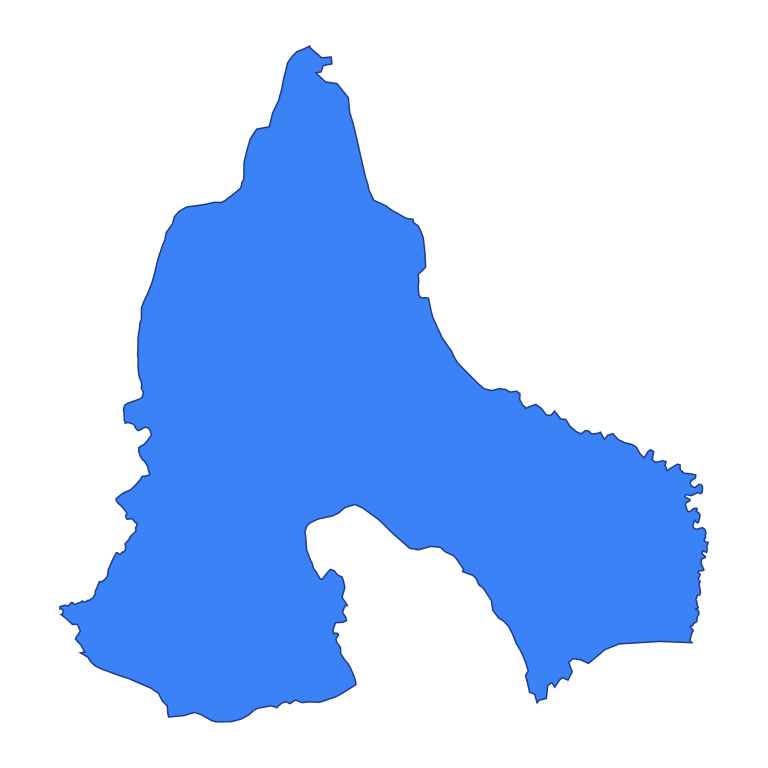 Kankan, Kankan, Guinea (Robinson projection)
{"feature_id": "49546643B29721322070698", "entity_name": "Kankan", "entity_type": "district", "adm_level": 2, "iso_a3": "GIN", "parent_name": "Guinea", "parent_adm1": "Kankan", "projection": "robinson", "projection_center": [-9.056, 10.226], "detail": "fine", "context": "isolated", "style": "filled", "palette": "blue", "viewbox_px": 768, "rotation_deg": 0, "n_neighbors": 0, "source": "geoboundaries", "source_scale": "gbopen_adm2", "svg_char_len": 6073}
<svg xmlns="http://www.w3.org/2000/svg" viewBox="0 0 768 768"><path d="M691.9,642.7L689.9,640.6L691.8,633.0L693.2,631.0L693.0,630.1L690.2,626.9L690.3,626.0L692.3,625.9L693.7,623.5L696.8,621.5L697.1,617.3L698.8,614.2L698.9,612.3L698.1,610.5L695.7,609.4L696.2,608.6L697.8,608.5L698.3,607.6L696.9,604.1L696.9,601.5L695.8,599.7L697.5,595.1L699.8,595.0L700.5,592.5L699.1,584.0L700.1,581.6L698.2,579.2L700.3,574.5L698.1,572.4L698.8,571.1L703.2,570.5L703.9,569.8L701.3,564.0L701.4,559.2L705.3,557.5L705.4,556.5L702.3,554.0L702.0,552.8L702.9,550.9L706.5,552.4L707.1,550.2L706.9,546.6L708.1,542.4L706.2,542.3L704.6,541.0L704.0,540.0L705.6,537.2L705.3,535.7L705.9,533.1L705.3,530.1L703.9,528.5L702.4,527.8L700.5,528.0L697.9,529.1L695.2,529.0L693.2,527.5L693.0,525.8L694.2,521.1L695.0,520.5L696.6,522.4L697.7,522.9L698.5,522.4L699.9,516.4L700.0,514.9L698.7,512.8L696.2,511.4L697.2,509.6L696.8,508.2L693.7,508.5L689.9,511.6L688.6,511.7L687.1,510.3L685.4,504.5L686.3,502.6L689.0,501.4L690.1,500.3L689.8,499.5L685.3,497.2L684.9,496.2L685.9,494.6L691.5,495.6L698.0,492.5L700.3,493.6L701.3,493.4L702.3,492.0L702.5,486.6L701.0,484.6L699.0,484.4L695.0,487.6L693.2,487.1L690.8,485.1L690.2,483.1L690.7,481.6L691.7,480.4L695.4,478.1L695.8,474.9L689.4,473.7L684.3,473.3L680.1,469.6L680.1,464.9L677.3,464.2L667.0,470.6L665.1,465.1L666.0,461.6L663.2,460.8L655.7,462.4L652.2,459.9L653.7,451.6L650.3,449.7L648.0,451.6L644.1,457.9L640.2,454.0L636.2,447.0L632.0,444.5L624.7,442.7L618.2,439.5L612.8,433.7L607.8,435.2L604.4,439.4L600.4,432.2L598.1,433.3L591.8,434.0L588.4,430.8L585.2,430.6L581.3,433.8L576.2,431.6L569.7,425.9L565.7,419.4L560.7,419.0L554.6,411.1L551.0,415.3L546.4,415.1L541.2,408.3L535.7,404.4L525.3,408.4L525.1,406.9L522.8,405.4L519.7,399.5L520.0,393.8L516.7,391.2L510.0,392.1L505.4,389.4L499.2,388.7L491.6,390.6L484.1,388.7L478.1,383.6L458.0,363.4L454.7,358.0L451.5,351.3L442.2,337.9L432.8,317.5L430.9,310.0L428.5,298.2L425.5,297.7L423.1,298.0L420.1,297.2L419.9,296.4L418.8,295.3L418.8,292.8L418.3,290.6L418.5,289.3L418.2,287.5L418.7,280.4L418.3,276.2L417.9,274.6L423.0,270.0L425.6,267.0L425.0,253.4L423.3,238.2L421.0,231.7L418.4,226.1L413.5,222.6L413.0,219.4L406.2,218.3L392.2,210.5L385.5,205.6L373.8,200.3L368.9,190.1L367.9,184.7L365.5,177.4L355.3,132.5L352.7,121.9L349.7,112.6L348.3,97.7L337.0,83.6L325.5,81.9L315.7,72.9L321.2,71.8L323.2,65.6L331.9,63.9L331.1,57.0L321.8,57.9L310.1,47.7L309.8,46.1L302.2,49.7L296.9,51.6L292.3,56.3L287.8,62.5L283.5,79.4L281.9,88.5L278.5,100.8L272.6,113.0L269.3,126.8L256.7,129.1L250.3,138.8L247.0,150.1L244.1,162.4L243.8,179.2L241.8,182.8L241.5,185.5L240.4,188.4L231.3,195.9L227.7,198.3L225.4,200.4L221.2,202.5L214.3,202.3L204.2,204.6L186.7,207.0L179.0,211.4L174.5,216.6L172.4,224.1L166.3,232.5L164.9,239.8L162.6,245.3L159.0,255.9L157.0,263.0L154.6,273.4L151.8,283.2L147.8,293.3L143.5,302.3L141.4,308.4L141.5,318.6L139.9,323.5L139.6,327.7L138.3,335.9L137.9,341.6L138.1,344.1L137.6,355.1L138.2,359.2L138.0,366.9L138.6,373.1L139.3,377.0L141.2,381.6L141.9,385.0L141.2,387.9L142.5,390.4L143.4,393.4L142.0,397.3L140.4,398.8L128.0,403.1L125.1,404.8L124.0,407.3L123.5,410.4L124.0,411.9L124.3,420.2L125.4,423.2L127.5,422.5L129.5,422.8L133.1,424.1L134.1,424.8L135.6,428.0L136.9,429.6L138.1,430.6L140.6,429.9L143.0,428.1L145.9,427.2L148.2,428.1L149.5,429.4L151.2,433.4L151.3,435.3L147.0,441.1L144.2,444.3L140.8,446.2L138.6,448.0L138.9,449.7L138.7,451.5L140.5,456.7L143.2,460.4L144.6,461.4L147.9,466.9L148.5,470.9L149.7,473.7L149.4,474.5L149.5,474.9L145.0,476.3L142.3,476.3L140.4,479.4L134.9,485.8L130.6,489.8L123.9,492.7L119.9,495.5L116.1,498.8L116.2,500.4L118.2,503.3L121.6,506.3L125.9,511.5L126.7,513.2L126.5,514.7L125.5,515.8L126.3,518.1L127.3,519.3L132.0,518.6L135.1,522.3L136.9,523.5L136.7,525.7L135.5,528.0L136.0,530.2L135.7,531.4L131.3,535.6L129.9,537.4L129.1,539.2L124.9,544.1L125.5,545.6L125.5,549.4L124.7,551.0L123.7,552.2L122.5,551.9L120.1,554.5L118.8,553.9L117.5,552.8L116.4,552.7L112.8,559.4L108.2,569.8L107.6,575.3L106.4,577.8L104.0,580.1L101.9,581.7L100.1,581.5L99.2,581.9L97.1,587.6L95.4,590.8L95.2,594.2L93.4,597.0L93.1,597.9L90.8,599.1L89.6,600.3L87.7,600.3L85.4,602.1L84.0,602.0L82.7,601.0L79.4,602.9L77.4,603.2L76.4,604.3L74.7,604.5L72.5,602.6L71.7,602.5L70.4,603.5L69.3,605.1L68.2,605.8L64.8,605.3L61.1,606.2L60.0,606.7L59.9,608.9L62.0,609.1L63.3,610.8L62.8,613.2L62.0,614.6L60.4,614.1L66.1,618.4L72.4,624.4L77.5,624.3L80.3,631.2L76.2,637.3L75.5,639.2L81.0,645.1L84.7,652.1L80.5,652.8L87.7,657.1L90.7,661.7L95.2,665.9L101.5,669.0L119.5,675.6L128.6,678.5L150.6,688.0L158.5,693.3L162.3,701.0L167.3,706.1L167.8,712.9L168.6,717.0L184.7,715.5L189.2,713.8L195.1,712.5L201.7,714.9L211.7,720.6L216.6,721.9L231.5,721.6L241.3,719.0L249.1,714.7L254.5,709.7L259.0,707.9L271.3,705.8L277.0,707.7L278.5,705.8L282.3,702.8L286.5,701.8L289.9,703.7L295.6,699.9L301.8,702.6L308.8,701.9L319.9,702.2L335.9,696.8L342.7,693.0L355.8,684.7L355.7,681.8L353.7,675.5L351.0,669.1L348.6,664.5L344.1,659.1L340.5,653.2L340.6,650.0L340.3,647.1L336.8,642.5L335.9,638.8L338.6,635.1L337.9,633.5L335.0,633.1L333.6,633.7L332.9,631.4L333.5,628.3L335.5,622.7L342.8,622.3L346.6,620.7L345.7,617.2L342.6,612.5L343.3,609.9L345.1,606.1L347.3,605.2L342.0,597.3L344.9,587.5L343.3,580.4L341.9,576.9L337.7,575.1L334.2,570.7L330.3,569.4L326.8,573.3L322.1,579.4L320.0,578.7L316.3,572.0L313.5,568.5L312.0,562.8L310.9,561.1L306.6,549.8L305.6,536.0L304.9,531.9L307.0,525.7L310.4,522.7L317.8,519.1L332.0,516.0L338.3,513.2L345.1,507.4L355.0,504.5L362.7,507.9L378.9,519.8L392.8,533.4L409.7,548.3L418.7,549.8L430.7,546.4L440.5,547.3L445.2,551.8L454.0,555.9L457.5,560.3L463.5,569.3L462.6,571.6L472.7,575.3L475.8,577.9L479.1,585.2L482.8,587.5L491.4,600.5L492.8,610.3L498.5,617.8L504.0,621.4L508.7,626.5L512.7,634.3L516.2,643.3L520.5,650.6L523.3,656.7L525.6,662.4L528.3,671.1L525.5,675.5L527.2,681.6L529.6,692.3L534.6,694.1L537.1,702.8L539.3,700.2L546.3,698.4L547.7,685.5L552.0,682.6L554.7,687.2L559.3,680.4L562.2,677.6L568.0,680.1L572.2,671.5L568.7,662.4L572.7,658.7L580.4,659.7L588.5,663.4L605.1,649.5L619.2,643.9L660.1,641.4L691.9,642.7Z" fill="#3b82f6" stroke="#1e3a8a" stroke-width="1.5"/></svg>